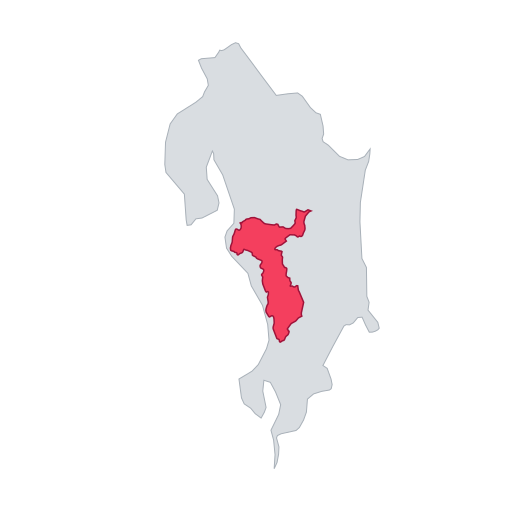 location of San José within Costa Rica, rotated 28°
{"feature_id": "CRI-1331", "entity_name": "San José", "entity_type": "Province", "adm_level": 1, "iso_a3": "CRI", "parent_name": "Costa Rica", "parent_adm1": "", "projection": "equal_earth", "projection_center": [-83.994, 9.633], "detail": "fine", "context": "in_parent", "style": "filled", "palette": "rose", "viewbox_px": 512, "rotation_deg": 28, "n_neighbors": 0, "source": "natural_earth", "source_scale": "10m", "svg_char_len": 6577}
<svg xmlns="http://www.w3.org/2000/svg" viewBox="0 0 512 512"><g transform="rotate(28 256 256)"><path d="M398.7,261.9L398.2,264.0L396.7,266.3L394.6,268.5L391.8,270.1L385.0,265.4L378.4,260.2L374.7,262.6L373.3,269.4L370.9,272.9L367.8,274.3L366.5,276.6L366.3,299.6L366.5,321.3L371.6,321.8L380.0,329.4L383.6,333.8L384.7,337.9L383.7,339.9L377.5,344.7L371.6,350.7L368.6,358.2L373.8,370.2L375.0,378.5L374.8,387.1L373.3,391.2L361.7,401.1L359.2,404.5L359.5,407.0L365.9,413.8L369.0,420.4L371.5,428.4L371.9,435.3L366.1,422.5L358.0,410.3L351.0,402.8L350.4,385.2L347.6,375.7L337.1,366.9L328.0,360.8L321.3,362.0L325.4,372.1L336.0,385.0L336.7,390.0L336.6,396.7L329.3,395.6L322.8,392.9L315.0,392.1L309.8,388.1L298.7,372.6L306.6,359.5L309.0,350.8L308.8,332.9L307.0,324.2L298.5,311.0L284.9,296.5L265.9,284.6L257.0,275.1L234.8,267.7L226.3,262.9L219.7,253.9L218.7,247.4L221.1,237.5L214.9,224.8L188.5,200.0L173.7,190.8L170.5,185.4L168.2,183.8L170.4,200.9L176.9,211.3L193.8,220.9L198.4,226.5L200.3,233.8L190.5,247.8L185.5,251.4L184.0,259.0L180.8,261.3L177.4,256.9L163.7,235.0L137.3,224.5L132.5,218.0L122.7,198.0L118.2,179.7L119.8,167.5L130.7,148.5L134.1,140.3L133.5,135.2L133.8,127.7L129.8,122.5L119.7,115.7L113.3,110.2L115.1,107.5L126.6,100.1L127.4,93.5L127.3,91.3L129.2,90.8L130.9,89.1L131.9,87.3L135.1,80.9L137.8,77.3L141.0,76.7L144.9,79.4L159.4,86.2L175.5,93.9L198.5,104.7L208.0,97.8L216.2,92.5L221.9,93.2L234.3,99.4L241.7,101.4L246.3,100.7L254.2,109.8L258.5,116.6L259.2,121.2L261.6,123.6L267.8,124.2L282.9,128.8L292.1,127.9L300.5,123.0L305.1,117.2L306.5,107.9L308.6,112.5L311.1,119.7L312.2,128.9L323.0,159.7L331.7,177.0L350.7,208.5L358.9,214.3L372.8,239.6L377.6,243.8L380.3,251.2L394.7,257.4L398.7,261.9Z" fill="#d9dde1" stroke="#a8b0b8" stroke-width="1"/><path d="M268.8,217.8L269.7,217.6L271.9,216.6L273.6,215.3L274.7,211.5L275.2,209.2L275.1,208.4L274.8,208.0L274.4,207.5L273.7,206.5L273.6,203.7L273.3,202.8L272.2,201.2L270.3,197.3L270.0,196.4L269.9,195.8L270.3,195.6L274.1,195.2L275.7,194.8L277.6,194.6L278.0,194.4L278.5,193.7L280.2,190.8L283.4,190.4L282.6,191.4L282.0,192.4L280.9,197.6L282.1,203.1L282.3,203.5L282.6,204.0L283.3,204.9L284.1,205.6L284.4,205.9L284.6,206.0L286.3,208.6L286.6,209.3L286.9,210.3L287.0,213.3L287.4,215.8L287.2,216.7L287.0,217.2L286.6,217.6L286.2,217.8L285.1,217.9L284.1,219.5L283.8,219.6L283.5,219.7L283.2,219.6L282.2,219.3L280.0,219.3L279.9,219.4L276.0,221.3L273.7,226.2L273.6,227.2L273.7,227.3L274.0,227.6L275.8,228.6L273.3,233.9L272.7,234.8L271.6,235.7L270.1,237.5L269.5,238.8L269.3,239.5L269.2,240.0L269.2,240.4L269.3,240.7L269.3,241.0L269.5,241.2L269.7,241.4L269.9,241.4L270.2,241.3L271.2,240.8L271.9,240.5L272.1,240.5L272.6,240.6L273.1,240.8L276.3,239.8L277.0,240.0L277.2,241.1L277.4,241.6L277.5,242.2L278.1,243.6L279.7,244.3L280.2,244.9L280.2,245.1L280.3,245.3L281.0,247.0L282.9,250.3L283.4,250.9L283.6,251.0L284.7,251.5L286.4,252.6L286.8,252.7L287.0,252.7L287.5,252.3L287.8,252.3L288.5,252.4L288.9,252.5L289.1,252.8L289.3,253.0L289.9,254.4L290.5,256.0L290.5,256.3L290.7,256.8L291.1,257.8L291.5,258.7L291.8,259.1L292.0,259.4L292.3,259.5L294.2,260.0L294.6,260.0L296.2,259.7L297.2,261.5L297.4,261.8L297.8,262.1L299.1,262.7L299.5,263.0L299.7,263.3L299.8,263.6L300.1,264.8L300.2,266.3L300.4,266.5L300.6,266.5L301.8,265.7L302.2,265.5L302.4,265.5L303.4,265.6L303.7,265.6L304.0,265.5L304.4,265.3L304.6,265.2L304.8,265.1L304.9,264.9L305.1,264.6L305.5,263.6L305.8,263.1L306.8,262.7L309.0,265.7L309.8,266.6L310.6,267.1L310.8,267.2L319.8,274.5L322.7,284.8L323.4,286.2L323.7,286.6L324.7,287.6L322.9,290.2L322.6,290.6L322.4,291.2L321.8,294.0L321.6,294.7L321.4,295.1L319.1,298.6L318.8,299.2L318.7,299.5L317.9,305.3L317.9,305.6L318.0,305.8L318.2,306.0L318.9,306.2L319.1,306.3L319.3,306.5L319.6,306.9L319.8,307.0L320.0,307.0L320.2,306.9L320.5,306.9L320.6,307.1L320.7,307.3L320.8,307.6L320.9,307.8L321.0,308.3L321.1,309.0L321.2,310.3L321.0,311.0L320.3,312.6L320.2,313.2L320.1,313.7L320.4,316.4L320.3,317.0L320.2,317.4L320.1,317.6L319.9,317.7L319.7,317.8L319.4,318.1L319.1,318.5L318.2,320.2L318.0,320.4L317.9,320.6L317.7,320.6L317.4,320.7L317.2,320.6L316.6,320.2L316.1,319.4L315.7,319.0L315.5,318.9L315.2,318.9L314.3,319.0L313.3,319.1L313.1,319.0L305.4,312.3L304.8,311.4L304.6,310.9L304.5,310.7L303.8,307.7L303.8,307.4L303.7,307.1L303.4,306.4L301.5,303.2L300.3,301.7L299.5,301.2L299.2,301.1L298.8,301.1L298.5,301.1L298.2,301.2L298.0,301.3L297.8,301.5L297.7,301.6L296.9,303.0L296.6,303.4L296.4,303.5L296.2,303.5L295.5,303.3L291.3,300.8L290.7,300.0L290.4,299.6L290.1,299.1L289.7,298.0L289.2,295.7L289.0,294.4L289.0,293.7L289.1,292.6L288.8,291.8L288.3,290.8L285.5,287.1L285.4,286.8L285.1,284.6L284.9,284.1L284.3,282.7L284.0,282.3L283.8,282.0L283.5,281.9L283.3,281.9L283.0,282.0L282.8,282.1L282.6,282.2L282.4,282.4L282.3,282.5L282.1,282.7L282.0,283.0L280.7,282.4L275.1,277.5L273.2,274.9L271.8,271.4L269.9,270.2L269.6,269.5L269.8,269.0L270.0,268.4L270.1,267.9L270.1,267.3L269.9,265.8L269.7,265.2L269.5,264.8L269.3,264.6L268.9,264.4L268.1,264.2L267.0,264.3L266.2,264.4L265.8,264.3L265.2,264.0L264.5,263.2L264.2,262.8L264.1,262.3L264.0,262.0L264.1,261.3L264.2,260.3L264.3,259.8L264.3,259.3L264.1,258.4L263.8,257.9L263.6,257.6L263.3,257.5L262.6,257.4L258.8,257.8L257.5,257.7L256.4,257.0L253.3,257.1L252.4,256.9L251.7,255.8L251.4,255.5L250.9,254.9L249.7,254.8L246.0,255.0L243.8,255.6L242.8,255.6L242.3,255.7L242.1,255.9L242.1,256.2L242.4,258.5L242.3,259.2L242.2,259.4L242.0,259.8L241.7,260.2L240.8,261.2L240.5,261.5L240.4,261.8L239.9,263.1L239.7,263.4L239.4,263.6L239.2,263.6L238.9,263.6L238.7,263.5L238.5,263.4L238.4,263.2L238.0,262.6L237.8,262.4L237.6,262.3L237.3,262.2L237.1,262.2L235.7,262.7L235.4,262.7L235.2,262.7L234.6,262.3L231.9,262.9L231.0,262.8L230.8,262.5L230.2,261.8L229.6,260.8L229.3,259.7L229.0,258.9L228.5,255.1L228.4,254.8L226.5,250.4L226.3,249.7L226.3,249.3L226.3,247.1L226.1,245.7L225.5,242.8L225.5,242.5L225.5,242.2L225.5,241.9L225.7,241.7L225.8,241.5L226.0,241.4L226.3,241.3L226.8,241.2L228.4,241.3L228.7,241.3L228.9,241.2L229.1,241.1L229.3,240.9L229.4,240.6L229.6,240.2L229.7,239.2L229.7,238.6L229.6,238.1L229.2,237.1L228.7,236.2L228.5,235.9L228.2,235.5L227.9,235.2L227.3,234.7L226.5,234.3L227.2,233.4L227.8,233.4L228.0,233.2L228.1,232.3L228.2,231.9L229.8,229.3L229.9,228.9L229.8,228.6L230.1,228.2L230.6,227.6L232.1,226.6L233.1,225.3L233.2,225.0L233.3,224.9L234.0,224.3L236.6,222.8L240.4,222.3L242.5,221.8L244.2,222.4L245.8,222.8L246.2,222.9L246.6,223.1L247.6,223.2L248.1,223.4L249.6,223.1L255.3,221.0L257.7,220.0L258.9,218.2L260.4,217.8L262.1,219.0L263.1,219.5L266.2,217.6L266.6,217.6L268.8,217.8Z" fill="#f43f5e" stroke="#9f1239" stroke-width="1.5"/></g></svg>